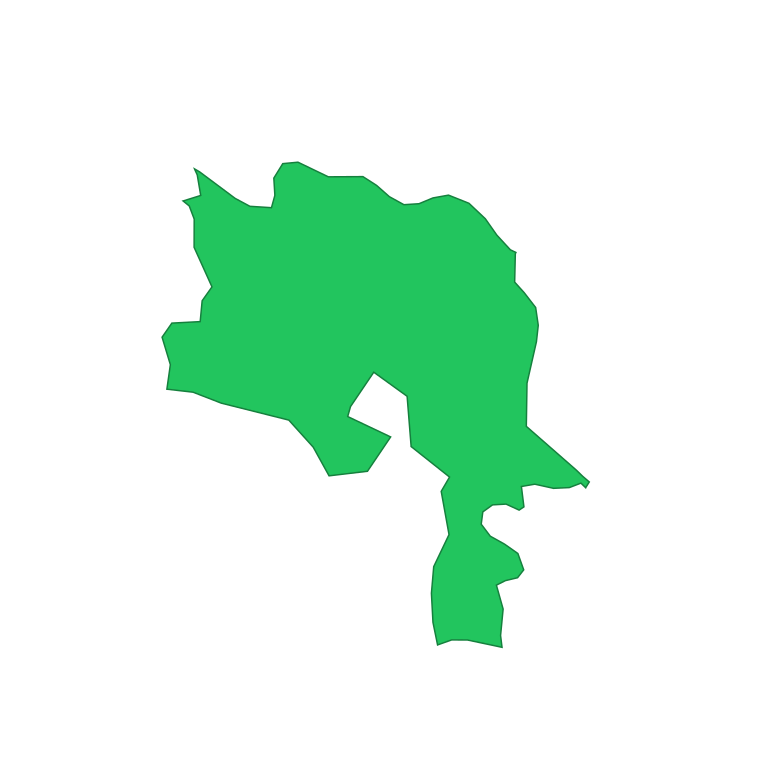 outline of Stîngă Nistrului, rotated 326°
{"feature_id": "MDA-1628", "entity_name": "Stîngă Nistrului", "entity_type": "District", "adm_level": 1, "iso_a3": "MDA", "parent_name": "Moldova", "parent_adm1": "", "projection": "albers", "projection_center": [29.192, 47.279], "detail": "fine", "context": "isolated", "style": "filled", "palette": "green", "viewbox_px": 768, "rotation_deg": 326, "n_neighbors": 0, "source": "natural_earth", "source_scale": "10m", "svg_char_len": 1417}
<svg xmlns="http://www.w3.org/2000/svg" viewBox="0 0 768 768"><g transform="rotate(326 384 384)"><path d="M347.2,99.7L349.8,105.1L364.4,146.9L372.2,161.7L389.3,174.9L399.0,166.6L407.8,151.7L423.3,144.7L436.7,152.0L453.7,181.1L482.5,200.3L488.9,215.2L493.2,231.7L500.8,246.5L513.8,254.1L528.6,257.1L543.1,263.5L555.5,281.7L560.4,303.7L560.8,323.7L563.8,343.4L566.9,348.7L566.7,348.8L565.6,349.6L549.3,372.6L551.3,386.8L552.5,405.4L544.7,421.6L534.0,434.2L503.0,463.3L478.3,498.7L495.3,563.0L497.1,571.6L499.4,580.0L493.5,582.6L493.2,582.8L491.9,576.7L491.8,576.3L479.7,573.5L466.9,565.7L466.4,565.5L453.2,551.6L452.8,551.3L440.6,545.8L431.3,564.1L425.8,564.1L425.5,564.1L418.2,552.1L418.0,551.8L406.4,544.9L394.4,545.3L386.2,554.6L387.0,569.6L394.4,584.2L400.2,599.4L395.9,616.2L386.4,619.3L374.7,614.9L364.7,613.6L356.9,637.2L340.0,657.7L334.6,668.3L329.5,663.0L310.4,643.3L310.3,643.1L297.0,634.0L283.0,630.4L282.5,630.3L291.3,609.0L306.3,584.0L323.1,563.2L353.7,545.2L371.4,505.0L386.3,497.8L371.5,451.0L371.6,450.9L396.3,407.1L382.1,368.5L343.6,384.0L335.8,390.6L335.7,390.7L359.9,431.6L321.5,447.1L287.1,429.4L290.0,396.8L284.9,360.7L238.4,308.9L221.1,284.0L201.1,266.9L217.7,248.5L226.2,221.1L242.2,214.9L266.5,229.5L279.8,213.3L295.7,207.3L303.0,164.5L318.9,141.1L322.1,127.5L319.8,119.9L320.1,120.0L337.5,125.2L346.1,106.2L347.1,100.1L347.2,99.7Z" fill="#22c55e" stroke="#15803d" stroke-width="1.5"/></g></svg>